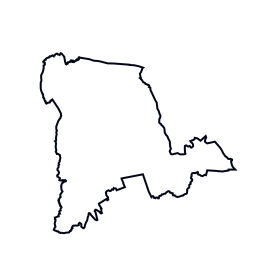 outline of Sawankhalok, Sukhothai, Thailand, rotated 77°
{"feature_id": "78962969B82720870655259", "entity_name": "Sawankhalok", "entity_type": "district", "adm_level": 2, "iso_a3": "THA", "parent_name": "Thailand", "parent_adm1": "Sukhothai", "projection": "mercator", "projection_center": [99.858, 17.328], "detail": "fine", "context": "isolated", "style": "outline", "palette": "ink", "viewbox_px": 256, "rotation_deg": 77, "n_neighbors": 0, "source": "geoboundaries", "source_scale": "gbopen_adm2", "svg_char_len": 5876}
<svg xmlns="http://www.w3.org/2000/svg" viewBox="0 0 256 256"><g transform="rotate(77 128 128)"><path d="M205.0,172.5L203.7,172.8L201.8,172.4L200.3,172.5L200.2,172.0L196.5,173.4L195.2,173.4L192.3,165.0L193.7,164.5L193.4,163.4L191.0,163.1L188.5,164.3L186.8,164.0L186.1,164.1L185.2,163.5L184.6,162.5L184.3,161.0L185.4,159.8L185.4,159.1L185.0,158.2L184.2,157.5L184.2,157.0L184.7,156.4L183.3,155.4L183.9,154.8L184.2,153.5L186.1,153.1L184.9,144.3L181.3,145.0L180.0,144.9L176.8,145.6L175.7,145.6L176.5,123.9L194.5,122.1L200.6,120.7L200.1,119.9L200.0,118.9L200.5,118.5L201.7,118.6L201.9,117.9L202.3,117.6L202.6,117.0L202.0,116.3L202.4,115.0L203.2,114.6L203.5,114.0L203.3,113.7L202.4,113.5L201.9,112.9L201.3,112.6L201.3,110.9L200.3,110.0L200.6,108.9L200.2,107.7L200.4,106.7L199.2,104.7L198.6,103.0L199.2,101.8L200.2,101.7L200.6,100.9L201.0,100.7L201.7,99.1L203.3,99.4L203.7,99.3L204.1,97.6L205.0,97.3L206.4,95.4L206.4,93.2L206.1,90.9L206.2,89.5L205.7,89.1L205.6,88.3L205.3,87.8L205.2,85.8L204.9,85.4L202.6,84.4L201.7,84.4L201.1,84.2L200.4,83.3L199.9,81.9L198.6,81.3L198.1,81.3L197.2,81.1L196.5,79.4L195.6,79.5L195.1,79.4L194.4,78.6L194.3,78.0L193.7,77.3L192.7,77.1L192.1,77.2L191.4,77.9L190.2,77.6L189.0,76.7L187.8,76.7L186.6,75.7L186.6,74.1L187.1,72.8L186.6,70.0L186.9,69.8L188.1,70.4L189.0,70.1L189.8,68.6L191.0,67.6L191.7,66.0L191.1,64.6L190.9,63.4L191.5,62.6L187.1,60.3L190.1,50.2L190.5,49.8L190.4,49.4L191.6,45.8L192.0,39.5L191.2,39.3L192.7,32.8L189.4,34.7L187.3,35.1L183.7,35.1L182.8,34.6L182.9,34.0L182.2,33.7L181.0,35.1L181.0,36.4L180.6,37.3L178.9,38.2L177.3,39.6L174.0,40.9L169.9,41.9L167.7,42.8L160.9,46.4L160.8,54.3L159.1,55.9L158.3,56.0L157.0,55.5L155.7,54.8L155.1,54.0L154.7,53.9L153.3,54.1L156.7,60.2L153.7,62.7L152.6,65.1L153.7,65.5L154.3,66.7L154.8,70.2L156.0,69.8L156.7,69.1L158.0,68.5L159.1,68.4L160.5,68.7L161.1,69.8L161.4,70.7L161.0,71.2L159.4,71.9L159.6,73.6L158.0,75.2L158.0,75.5L158.4,76.0L158.3,76.5L159.5,77.0L164.2,77.9L166.0,77.8L166.2,78.0L166.2,79.4L165.6,82.6L165.0,83.7L163.6,85.3L163.7,90.2L163.3,91.6L162.8,92.1L160.0,92.6L157.7,90.8L155.7,91.2L155.2,90.9L152.9,90.8L151.5,90.4L150.1,90.4L147.6,91.1L145.4,91.4L144.5,91.7L143.8,92.3L140.6,93.3L139.7,93.0L136.3,92.7L134.0,93.7L132.7,94.8L132.1,94.7L131.5,95.0L131.0,95.6L129.7,96.4L126.2,95.4L125.3,94.4L123.2,93.6L121.8,94.0L118.0,94.3L116.6,94.8L115.1,95.0L114.0,94.7L112.2,94.7L109.7,94.3L107.4,95.1L96.7,97.4L95.4,97.5L93.9,97.2L92.8,98.4L92.0,97.7L91.6,97.9L91.1,97.9L90.5,98.4L90.4,99.2L90.0,99.4L88.8,101.2L87.9,101.4L86.6,103.0L84.6,103.5L83.3,104.5L82.8,104.4L82.1,105.0L81.9,104.3L81.4,104.6L81.0,104.3L77.8,104.2L76.3,102.6L72.8,100.3L72.6,99.8L70.2,103.7L68.2,108.0L67.0,112.2L66.7,112.2L62.0,127.2L60.4,133.4L57.2,139.4L55.8,142.7L54.7,146.2L52.2,150.3L49.4,157.2L49.0,157.9L48.9,158.6L48.4,159.3L48.4,159.8L48.1,159.9L48.2,160.2L49.1,160.7L49.8,160.4L50.1,161.0L50.4,161.1L50.5,161.8L49.7,162.1L49.6,162.4L50.1,163.3L50.9,163.7L50.9,164.7L51.6,165.5L51.5,166.6L51.2,167.2L50.0,166.5L49.4,168.0L50.2,168.0L50.5,168.2L50.0,169.2L50.7,169.8L50.4,171.9L50.7,172.3L51.7,172.2L51.8,172.6L51.7,173.3L52.1,173.8L51.7,174.2L49.3,174.4L44.2,174.1L40.5,176.0L40.0,176.7L41.1,177.8L40.9,178.0L41.0,178.3L41.3,178.4L40.7,179.1L40.6,179.8L39.7,180.2L39.5,181.2L40.4,182.9L41.0,183.4L41.1,184.1L41.4,184.3L40.9,184.8L40.3,185.0L40.3,185.5L40.8,187.3L40.6,188.0L41.0,188.1L41.0,188.8L41.5,189.1L41.5,191.0L42.3,192.7L43.0,192.8L43.0,194.0L43.7,194.5L44.1,195.6L45.2,195.6L45.7,194.4L47.2,194.6L47.8,195.1L48.1,196.2L50.7,196.7L53.5,198.0L54.5,198.6L57.0,200.7L58.9,201.2L62.3,201.7L64.4,202.9L69.6,204.1L72.1,204.2L76.0,203.6L76.1,203.2L78.6,203.6L79.2,203.4L79.3,203.7L80.3,203.3L80.6,203.0L81.5,203.1L82.9,202.9L83.1,202.5L84.1,202.5L84.2,202.2L84.8,201.9L85.3,202.4L85.9,202.0L85.4,200.2L85.5,199.0L85.1,198.5L85.3,198.2L84.9,197.8L84.5,197.8L84.5,197.4L84.1,196.8L83.8,196.8L83.2,195.3L93.2,191.5L98.6,190.1L100.1,190.4L101.0,190.3L102.2,191.2L102.8,191.3L103.3,191.8L103.6,192.5L104.3,192.9L104.5,193.4L106.1,194.8L110.5,197.6L113.3,198.2L114.6,197.8L115.9,198.8L118.2,199.0L120.8,200.2L124.1,200.9L124.4,202.0L125.1,201.6L127.1,201.6L129.9,202.7L133.8,202.9L134.8,203.7L137.3,203.1L137.3,202.4L137.9,201.6L139.2,200.4L140.4,200.7L141.6,200.5L144.1,201.6L144.2,201.9L145.2,202.0L146.7,203.5L147.3,203.6L148.2,203.3L148.8,204.2L150.5,204.4L150.9,204.7L151.3,205.5L151.8,205.8L153.0,206.2L154.0,205.6L155.8,205.2L157.0,205.9L157.8,206.7L158.0,207.5L158.7,207.8L159.4,207.8L161.6,205.6L163.4,206.6L164.2,205.0L164.0,203.7L164.6,201.6L164.6,201.0L165.6,200.3L165.9,200.5L166.2,203.7L166.7,203.8L167.0,204.7L168.3,205.6L169.2,205.8L169.5,206.2L173.5,206.7L175.1,206.1L177.6,208.9L179.2,209.2L180.1,209.2L180.2,209.7L181.8,211.1L181.9,211.5L182.5,211.5L182.9,212.1L183.3,212.1L183.6,211.7L184.6,212.1L185.1,211.6L186.2,212.0L187.0,211.3L188.5,211.7L189.2,210.7L190.5,210.7L190.7,211.2L191.7,211.9L192.5,212.2L193.3,212.2L193.4,213.2L194.1,213.9L196.0,213.6L195.9,214.0L196.1,214.6L197.2,215.1L197.5,215.4L198.5,215.4L198.5,216.9L198.9,219.4L200.5,219.3L200.6,219.7L201.8,219.4L204.5,220.9L206.4,221.0L207.1,220.8L208.1,221.0L208.8,222.0L210.5,223.2L211.3,222.5L211.7,221.5L212.5,221.0L213.0,219.3L214.0,219.0L214.2,218.1L215.1,217.6L215.2,216.1L216.1,214.1L216.1,211.3L216.5,209.1L215.9,208.2L215.3,207.9L215.5,207.0L214.5,206.4L214.4,205.9L213.4,205.5L213.1,204.6L212.6,204.6L212.1,204.9L211.1,203.8L210.8,203.1L211.1,202.2L211.2,200.8L211.7,199.7L211.6,197.8L210.0,197.5L209.5,196.4L210.5,195.5L211.3,195.1L213.5,195.7L213.9,195.6L215.6,194.1L215.7,193.7L215.0,192.7L212.9,191.7L210.6,190.2L208.8,188.5L205.8,187.2L204.2,186.1L202.5,185.6L202.2,185.3L202.2,184.7L203.0,184.0L204.5,183.6L210.1,180.4L210.9,179.0L210.7,178.5L209.8,178.5L202.9,178.6L201.4,179.1L200.6,178.6L200.3,177.9L200.8,177.1L203.0,174.8L204.9,173.9L205.2,173.2L205.0,172.5Z" fill="none" stroke="#020617" stroke-width="2"/></g></svg>